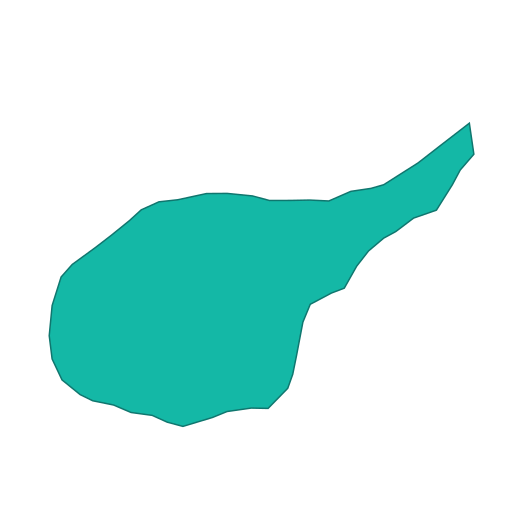 Karpaseia, Cyprus, rotated 195°
{"feature_id": "46923920B2275839415846", "entity_name": "Karpaseia", "entity_type": "district", "adm_level": 2, "iso_a3": "CYP", "parent_name": "Cyprus", "parent_adm1": "", "projection": "equal_earth", "projection_center": [33.063, 35.283], "detail": "fine", "context": "isolated", "style": "filled", "palette": "teal", "viewbox_px": 512, "rotation_deg": 195, "n_neighbors": 0, "source": "geoboundaries", "source_scale": "gbopen_adm2", "svg_char_len": 815}
<svg xmlns="http://www.w3.org/2000/svg" viewBox="0 0 512 512"><g transform="rotate(195 256 256)"><path d="M84.3,439.5L106.1,410.9L123.6,387.8L137.3,372.9L151.1,357.9L162.4,351.1L181.1,343.0L199.9,328.0L218.7,323.9L237.4,318.5L257.4,313.1L275.0,313.1L300.0,309.0L320.0,303.5L346.3,290.0L363.8,283.2L378.8,270.9L387.5,257.3L401.3,238.3L413.8,222.0L431.3,200.3L438.8,185.3L440.1,155.4L435.1,125.5L426.3,103.8L411.3,86.1L390.0,76.6L376.3,73.9L355.0,75.2L336.2,72.5L315.0,75.2L298.7,72.5L282.5,72.5L256.2,88.8L243.7,98.3L221.2,107.9L204.9,111.9L191.1,136.4L189.9,151.3L191.1,170.4L192.4,188.0L193.6,204.3L191.1,223.4L173.6,239.7L162.4,247.8L156.1,272.3L148.6,290.0L137.3,306.3L127.3,315.8L113.6,333.4L93.6,347.0L84.8,375.6L81.0,391.9L71.9,410.7L84.3,439.5Z" fill="#14b8a6" stroke="#0f766e" stroke-width="1.5"/></g></svg>